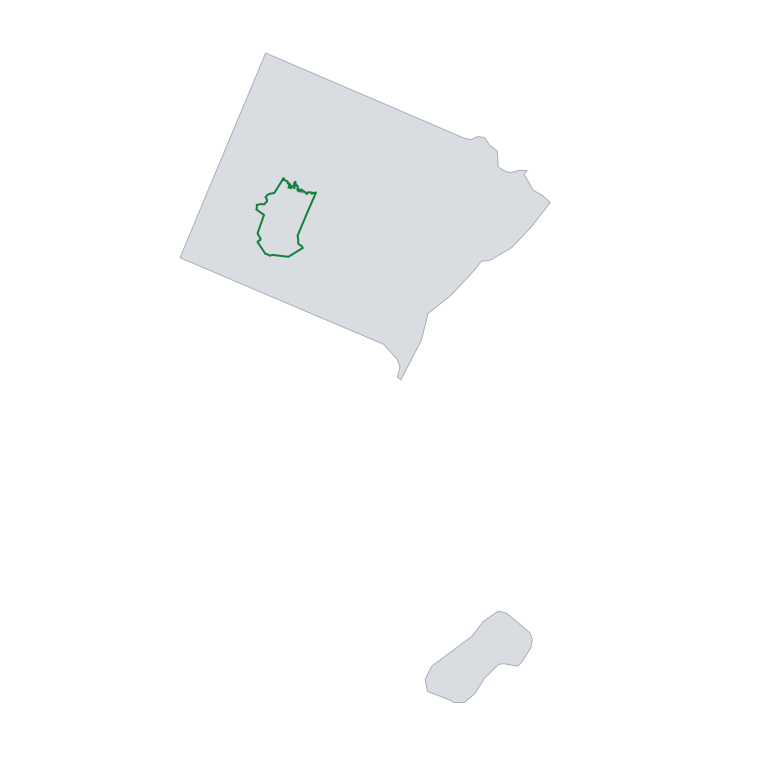 Añisoc, Wele-Nzás, Equatorial Guinea (highlighted), rotated 203°
{"feature_id": "11065452B27397509806446", "entity_name": "Añisoc", "entity_type": "district", "adm_level": 2, "iso_a3": "GNQ", "parent_name": "Equatorial Guinea", "parent_adm1": "Wele-Nzás", "projection": "natural_earth1", "projection_center": [10.841, 1.768], "detail": "fine", "context": "in_parent", "style": "outline", "palette": "green", "viewbox_px": 768, "rotation_deg": 203, "n_neighbors": 0, "source": "geoboundaries", "source_scale": "gbopen_adm2", "svg_char_len": 4333}
<svg xmlns="http://www.w3.org/2000/svg" viewBox="0 0 768 768"><g transform="rotate(203 384 384)"><path d="M621.1,420.5L621.4,464.5L621.6,501.7L621.7,542.0L622.0,583.9L622.1,619.4L622.3,642.4L588.6,642.3L544.0,642.1L499.3,642.0L454.7,641.8L432.2,641.7L407.5,641.6L399.5,642.8L394.1,648.6L387.5,650.0L379.9,645.0L370.6,642.6L368.1,637.5L363.5,628.2L354.3,627.2L349.7,628.2L343.0,633.5L335.6,636.3L337.0,632.0L322.3,620.6L311.7,619.5L301.9,615.9L309.9,586.0L319.7,559.6L334.5,539.7L342.4,534.9L345.0,525.0L356.7,492.5L371.1,466.1L366.7,439.3L370.1,394.4L374.3,395.7L375.0,399.9L376.1,406.2L381.5,411.8L399.6,420.4L453.3,420.4L485.4,420.4L532.8,420.4L583.0,420.5L621.1,420.5ZM195.3,118.0L199.4,118.8L223.9,118.0L230.6,128.1L229.8,142.9L204.5,186.1L199.8,204.3L190.0,219.7L181.6,220.9L152.4,211.9L147.5,206.4L145.7,199.0L148.6,181.8L150.8,176.5L164.7,173.3L169.2,170.5L176.7,151.9L179.2,135.0L185.5,122.3L195.3,118.0Z" fill="#d9dde1" stroke="#a8b0b8" stroke-width="1"/><path d="M521.4,533.0L521.4,533.3L521.5,533.5L521.8,533.6L522.0,533.5L522.5,533.1L522.7,532.8L523.0,532.6L523.3,532.3L523.6,532.0L523.9,531.8L524.3,531.5L524.5,531.3L524.6,531.7L524.6,531.8L524.7,532.0L524.8,532.0L525.0,532.1L525.3,532.0L525.9,531.9L526.1,531.7L527.2,531.4L527.9,531.0L528.0,531.1L528.6,531.0L528.7,530.9L528.8,530.8L528.9,530.3L528.9,530.2L529.0,530.2L529.1,529.8L529.2,529.6L529.2,529.1L529.3,528.8L529.6,528.7L530.0,529.0L530.2,529.3L530.5,529.4L530.8,529.3L531.2,529.5L531.5,529.7L531.8,529.9L531.9,530.0L532.2,530.0L532.3,530.0L532.5,529.9L532.7,529.7L532.8,529.8L533.2,530.1L533.8,530.3L534.5,530.2L534.9,530.5L535.0,530.5L535.5,530.7L535.9,530.7L536.0,530.7L536.3,530.5L536.6,530.3L536.6,530.1L536.7,529.9L536.6,529.7L536.5,529.4L536.4,529.3L536.3,529.2L536.7,529.3L536.7,529.2L536.8,529.2L537.1,529.1L537.2,528.9L537.3,528.8L537.2,528.2L537.3,528.2L537.5,528.4L537.5,528.5L537.8,528.7L537.8,528.8L537.8,529.0L537.9,529.3L538.2,529.6L538.3,529.6L538.6,529.7L538.6,529.8L538.8,530.0L539.0,530.1L539.5,529.7L539.6,529.3L539.6,529.2L539.6,528.9L539.7,529.0L539.8,529.4L539.8,529.7L539.8,530.1L539.8,530.3L540.1,530.7L540.1,530.8L540.2,531.0L540.3,531.2L540.4,531.7L540.4,531.8L540.5,532.1L540.7,532.3L540.8,532.4L541.1,532.4L541.6,532.3L541.9,532.8L542.4,533.2L542.5,533.3L542.8,533.3L542.9,533.2L543.1,533.2L543.3,533.3L543.6,533.7L543.7,533.8L543.8,533.8L544.0,533.8L544.1,534.1L544.0,534.6L544.3,535.2L544.4,535.3L544.6,535.4L544.8,535.4L545.0,535.2L545.1,534.8L545.1,534.7L545.1,534.3L545.1,534.2L545.0,533.8L545.0,533.4L544.8,532.7L544.6,532.2L544.5,531.9L544.4,531.8L543.5,531.4L543.4,531.3L543.5,530.8L543.4,529.9L543.3,529.7L543.2,529.7L543.0,529.3L543.2,529.2L543.4,529.2L543.5,529.3L543.7,529.6L543.8,529.7L544.1,529.9L544.2,530.0L544.5,530.0L544.9,530.1L545.4,530.2L545.5,530.2L545.8,530.1L546.0,530.1L546.1,529.9L546.2,529.6L546.2,529.3L546.2,529.2L546.0,528.9L546.1,528.5L546.3,528.1L546.3,527.7L546.7,527.7L547.0,528.0L547.4,528.2L547.5,528.2L547.8,528.3L548.0,528.3L548.1,528.2L548.1,528.3L548.3,528.3L548.4,528.2L548.6,528.1L548.7,528.6L548.7,529.1L548.7,529.3L548.8,529.4L548.9,529.6L548.7,529.7L548.3,529.8L548.2,529.8L547.9,530.0L547.8,530.5L548.2,531.0L548.3,531.0L548.7,531.2L549.1,531.3L549.7,531.3L549.7,531.2L549.8,531.2L550.1,531.1L550.4,530.9L550.5,530.9L550.9,531.1L551.2,531.2L551.4,531.5L551.0,531.6L550.8,531.8L551.5,532.4L551.8,532.6L552.0,532.7L552.3,532.8L552.9,532.9L553.3,532.9L554.0,533.0L553.6,532.8L554.5,532.8L555.0,532.8L555.2,532.7L555.8,532.5L555.9,532.8L556.0,533.1L556.2,533.8L556.3,533.9L556.3,534.0L556.8,534.1L557.0,534.0L557.0,533.9L557.3,533.1L557.3,532.8L557.3,532.7L557.3,532.2L557.4,531.8L557.3,531.6L559.6,517.1L559.9,516.7L561.0,516.1L561.7,515.5L562.6,515.1L563.6,514.3L564.3,513.6L565.1,512.4L565.5,511.6L565.7,510.7L566.0,509.6L564.7,509.0L564.4,508.4L563.4,507.3L563.1,505.6L564.0,504.4L564.5,502.5L567.6,501.6L569.4,500.2L570.2,499.7L571.0,499.2L569.5,495.1L569.6,494.8L567.1,494.2L560.5,492.7L559.3,473.5L558.6,472.7L554.4,469.5L554.2,467.9L555.5,466.9L555.7,465.7L555.9,465.3L544.1,457.5L542.1,457.8L539.4,457.5L538.9,457.7L537.2,459.2L521.6,463.8L512.0,477.5L512.7,478.1L513.4,478.7L514.6,479.0L516.0,479.0L517.3,479.6L518.0,480.0L518.5,481.1L518.8,482.1L519.4,483.5L520.2,484.7L521.0,485.8L521.5,486.6L521.6,512.1L521.4,533.0Z" fill="none" stroke="#15803d" stroke-width="2"/></g></svg>